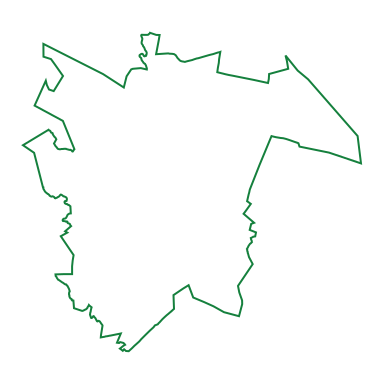 the district of Teopisca, Chiapas, Mexico
{"feature_id": "50627088B78954166074167", "entity_name": "Teopisca", "entity_type": "district", "adm_level": 2, "iso_a3": "MEX", "parent_name": "Mexico", "parent_adm1": "Chiapas", "projection": "robinson", "projection_center": [-92.534, 16.553], "detail": "fine", "context": "isolated", "style": "outline", "palette": "green", "viewbox_px": 384, "rotation_deg": 0, "n_neighbors": 0, "source": "geoboundaries", "source_scale": "gbopen_adm2", "svg_char_len": 5653}
<svg xmlns="http://www.w3.org/2000/svg" viewBox="0 0 384 384"><path d="M220.3,51.9L219.8,52.1L219.0,52.3L217.6,52.6L213.1,54.1L210.1,54.8L207.6,55.5L198.3,58.2L196.6,58.5L193.6,59.5L192.3,60.0L187.7,61.1L186.2,61.5L184.9,61.9L183.5,61.6L182.1,61.4L180.5,60.9L179.6,60.2L178.6,59.1L177.6,58.1L176.7,56.7L175.7,55.2L174.0,54.1L172.0,53.8L169.6,53.7L168.2,53.4L156.1,54.2L158.9,39.4L159.6,35.0L156.2,34.9L150.0,32.8L149.7,33.5L148.9,34.0L148.5,34.4L148.4,34.6L148.1,34.7L147.9,34.8L147.7,34.8L146.8,34.9L141.6,34.8L141.3,35.1L141.2,35.5L141.3,36.0L142.1,37.9L142.3,38.3L142.3,39.3L142.2,40.0L142.0,40.4L142.0,40.8L141.8,41.2L141.6,42.5L141.7,43.6L142.9,45.3L143.2,46.4L143.7,46.8L144.3,47.8L145.1,50.0L145.4,50.5L146.2,51.4L146.7,52.7L146.7,53.2L146.5,54.6L146.3,55.1L146.1,55.6L145.7,55.4L145.2,56.1L144.7,56.3L144.4,56.3L144.0,56.1L143.0,54.5L142.7,54.0L142.5,53.9L142.0,53.9L141.4,53.9L141.2,54.0L140.7,54.3L140.2,54.7L139.7,55.0L139.6,55.3L139.5,55.7L139.5,56.0L139.6,56.4L139.8,56.8L141.2,58.1L141.3,58.5L141.4,59.1L141.6,60.0L141.8,60.2L142.0,60.4L142.3,61.1L142.7,61.5L143.1,62.0L143.4,62.7L143.9,63.0L144.3,63.5L145.0,63.8L145.7,65.0L146.1,65.9L146.3,66.8L146.6,67.5L146.9,68.7L146.8,69.5L140.8,68.1L132.8,68.8L131.2,69.4L126.6,76.3L123.8,87.5L103.1,74.1L43.4,43.9L43.5,56.7L51.0,59.1L54.9,64.5L63.0,76.0L53.7,91.1L49.0,89.5L46.8,84.9L45.8,80.7L34.6,105.6L62.9,120.9L74.4,149.2L73.8,149.8L73.8,150.0L73.4,150.6L72.9,151.4L72.4,151.5L71.7,150.7L71.4,150.3L70.9,150.1L70.4,149.8L70.0,149.9L69.5,149.9L68.8,149.7L66.9,149.2L66.6,149.1L66.1,149.0L65.9,148.8L64.8,148.8L64.0,148.8L63.9,148.9L62.2,149.0L61.8,149.0L61.4,149.0L60.7,149.2L59.8,149.3L59.2,149.2L58.2,149.0L57.6,148.6L56.5,147.1L55.6,146.2L54.0,143.5L56.3,139.3L55.3,137.5L54.5,136.9L53.4,135.3L52.7,134.1L52.7,133.3L52.5,133.1L52.2,132.9L51.3,132.7L51.0,132.4L50.6,131.6L50.3,131.0L49.6,130.5L49.0,130.4L48.7,130.2L48.5,129.8L23.0,145.2L34.1,152.8L42.9,187.1L43.1,187.1L43.4,187.3L43.3,188.0L43.4,188.9L43.8,189.4L44.9,191.4L45.8,192.4L47.0,193.3L47.6,193.9L48.3,194.1L48.8,194.6L49.4,195.2L49.6,195.7L50.8,196.4L51.3,196.6L51.6,196.6L51.9,196.5L52.6,196.3L53.1,196.5L53.9,196.9L54.4,197.3L54.8,198.1L55.4,198.3L57.3,197.5L57.6,197.2L58.5,196.8L58.8,196.6L59.2,196.3L59.7,195.7L59.9,195.4L60.1,195.1L60.7,194.6L61.0,194.6L62.3,195.3L63.1,196.0L63.4,196.3L63.7,196.3L64.2,196.4L65.9,197.2L66.3,197.5L66.8,198.3L66.9,199.4L66.6,200.4L66.6,200.8L66.1,201.1L65.6,201.0L64.9,201.2L64.6,201.6L64.5,202.1L64.9,203.3L66.3,204.1L66.6,204.0L67.2,204.1L67.4,204.2L68.1,204.9L68.4,205.0L68.8,205.0L69.1,205.2L70.4,206.3L70.8,213.4L69.7,213.5L69.0,213.8L68.2,214.3L67.6,214.8L67.4,215.2L67.2,215.7L66.2,217.7L65.8,218.1L64.9,218.6L63.9,218.7L63.5,218.8L63.0,219.4L62.7,219.9L62.7,220.2L62.7,220.6L63.0,221.0L64.9,221.2L65.0,221.2L65.5,221.4L66.0,221.7L66.7,221.4L67.1,221.5L67.4,221.7L67.5,222.1L67.5,222.5L67.7,223.0L68.2,223.3L68.7,223.4L69.4,223.7L70.0,224.2L70.3,225.2L71.1,226.1L65.1,231.3L67.3,232.6L60.8,236.2L73.6,255.1L72.7,260.4L72.1,266.3L72.1,274.1L64.8,274.1L55.5,274.4L55.7,276.1L56.4,276.8L56.8,277.8L57.4,278.6L58.0,279.6L59.0,280.1L62.4,282.5L62.9,282.7L64.0,283.5L64.4,283.9L64.9,284.2L65.0,284.2L65.4,284.3L66.1,284.4L66.4,284.6L66.5,284.9L66.6,285.3L67.4,285.8L68.4,287.7L69.2,289.4L69.3,289.9L69.5,290.6L69.7,291.1L69.7,291.6L69.2,292.2L69.1,293.1L69.0,293.9L69.1,294.9L69.4,295.2L69.4,295.8L69.4,296.6L70.1,298.0L70.4,298.3L70.5,298.5L70.8,298.7L71.2,298.8L71.6,299.1L71.8,299.4L71.8,300.1L72.2,300.5L73.0,300.4L73.4,300.5L74.0,308.2L82.1,310.9L82.8,310.8L83.9,310.3L85.0,309.7L86.0,309.3L86.4,308.9L86.7,308.7L86.9,308.5L87.1,308.1L87.4,307.9L87.6,307.2L88.6,305.7L88.9,305.0L89.4,305.6L91.6,307.3L91.3,308.3L90.9,310.0L90.8,310.5L90.6,312.0L90.3,312.4L90.0,314.8L90.3,315.4L90.5,316.2L91.1,317.9L91.4,318.0L91.9,317.9L92.2,317.6L93.4,316.1L93.6,316.1L93.8,316.2L94.0,316.6L94.3,316.9L94.6,317.4L95.3,318.0L96.2,319.7L96.4,320.2L96.7,320.7L97.0,321.2L97.3,321.4L97.5,321.4L97.8,320.9L98.3,320.8L98.8,320.9L99.0,321.1L99.3,321.1L99.5,321.2L99.9,321.6L101.3,323.7L102.3,325.0L102.5,325.4L102.5,325.8L101.0,335.0L100.8,337.4L103.6,336.9L104.4,336.8L105.6,336.4L107.3,336.2L109.6,335.7L110.4,335.6L120.8,333.5L117.0,342.7L119.1,343.0L120.1,342.1L123.3,342.9L124.3,343.7L125.1,344.8L123.8,345.5L119.9,348.6L121.3,349.6L122.8,350.8L124.1,349.3L126.0,351.0L128.7,351.2L132.0,348.2L134.5,345.7L136.0,344.4L139.1,341.6L140.3,340.3L141.0,339.4L144.9,335.5L145.8,334.6L150.2,330.3L153.6,327.2L154.9,325.4L157.8,324.3L158.5,323.3L159.6,322.3L162.4,319.2L164.6,317.1L166.7,315.2L168.3,313.9L169.9,312.5L171.4,311.3L171.4,311.2L171.6,310.9L172.3,310.5L172.6,310.1L174.0,308.9L173.7,300.7L173.5,295.1L183.4,288.4L188.6,285.2L193.2,297.5L204.4,302.2L213.5,306.3L224.0,312.2L226.3,312.8L239.0,316.2L242.2,304.1L242.1,300.4L239.3,292.5L238.0,285.9L252.7,264.1L249.0,257.1L247.9,253.1L247.7,252.9L247.7,251.8L247.4,251.4L247.2,250.6L247.3,249.8L246.9,249.0L247.9,247.3L248.6,245.8L250.1,243.7L250.8,243.3L251.9,242.1L251.8,241.9L251.7,240.7L251.4,240.1L251.1,239.5L250.8,238.0L252.8,237.1L253.2,236.7L255.2,236.4L256.0,232.4L249.7,229.9L251.2,223.9L254.1,222.8L243.6,213.8L246.0,210.6L250.8,203.9L248.5,202.2L247.1,201.2L248.6,194.6L249.2,192.5L249.8,189.6L259.5,165.0L271.5,136.1L272.6,136.4L276.0,137.2L280.8,138.0L283.1,138.2L285.9,138.9L288.1,139.6L298.4,143.2L299.5,146.6L329.0,152.6L361.0,163.4L357.6,136.0L308.1,79.3L297.7,70.6L285.5,55.5L286.9,60.9L288.2,68.8L269.1,74.0L268.8,79.1L268.0,83.0L254.2,80.0L234.7,76.1L232.7,75.7L228.9,75.0L225.3,74.2L223.0,73.6L221.7,73.3L217.3,72.2L217.4,71.3L217.9,67.7L218.8,62.9L219.1,59.3L220.3,51.9Z" fill="none" stroke="#15803d" stroke-width="2"/></svg>